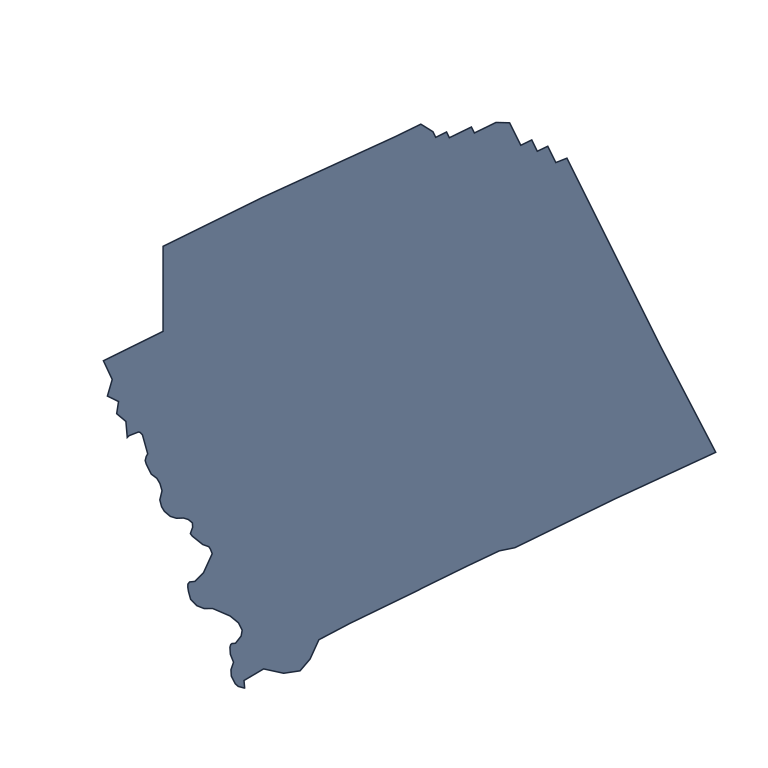 Vernon, Louisiana, United States of America, rotated 334°
{"feature_id": "52423323B35564374613878", "entity_name": "Vernon", "entity_type": "district", "adm_level": 2, "iso_a3": "USA", "parent_name": "United States of America", "parent_adm1": "Louisiana", "projection": "natural_earth1", "projection_center": [-93.381, 31.112], "detail": "fine", "context": "isolated", "style": "filled", "palette": "slate", "viewbox_px": 768, "rotation_deg": 334, "n_neighbors": 0, "source": "geoboundaries", "source_scale": "gbopen_adm2", "svg_char_len": 1359}
<svg xmlns="http://www.w3.org/2000/svg" viewBox="0 0 768 768"><g transform="rotate(334 384 384)"><path d="M651.9,578.2L649.1,472.1L647.4,261.2L635.5,260.3L635.4,242.1L623.8,242.0L623.8,229.4L611.6,229.4L611.4,204.3L599.3,198.0L575.3,198.0L575.2,191.3L550.7,191.3L550.7,184.9L538.6,185.0L538.6,178.7L531.0,166.6L502.2,166.6L356.3,163.0L245.8,163.4L208.5,239.8L142.0,240.1L141.7,260.8L130.1,273.6L137.7,283.4L130.7,293.5L135.6,304.5L129.8,319.5L132.3,318.7L142.2,319.5L143.5,320.5L144.6,323.7L141.0,343.2L138.5,344.9L135.8,348.1L135.2,351.7L135.2,356.7L135.3,363.0L138.5,369.2L139.0,375.3L137.7,382.6L131.7,389.9L130.3,396.8L130.8,402.2L133.9,409.3L138.6,413.7L145.1,416.6L148.7,420.0L150.9,424.8L149.2,428.9L146.4,431.6L144.4,433.6L145.0,436.7L150.7,448.8L155.2,453.4L155.6,456.1L155.2,461.2L139.0,474.5L127.5,478.5L122.5,476.7L120.0,477.9L118.6,480.6L117.3,484.8L115.8,492.8L118.6,501.2L123.9,507.0L131.6,510.7L144.0,525.1L148.5,534.9L148.6,543.1L145.1,547.9L136.9,551.9L135.0,551.2L133.7,550.6L132.0,551.0L130.1,553.1L127.4,559.6L126.8,568.1L121.2,573.7L118.7,579.6L118.9,588.2L120.4,591.9L125.3,596.2L125.3,596.7L128.2,589.1L150.9,587.3L167.0,600.0L182.8,605.0L197.0,598.8L213.4,585.3L248.4,584.2L324.9,584.4L327.8,584.2L378.8,584.1L414.4,584.5L429.9,588.5L541.2,588.5L652.2,590.8L651.9,578.2Z" fill="#64748b" stroke="#1e293b" stroke-width="1.5"/></g></svg>